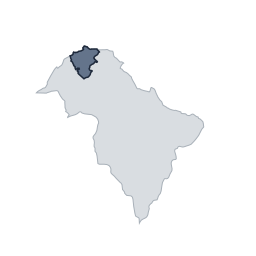 Central African Republic, with Nana-Mambéré highlighted, rotated 68°
{"feature_id": "CAF-804", "entity_name": "Nana-Mambéré", "entity_type": "Prefecture", "adm_level": 1, "iso_a3": "CAF", "parent_name": "Central African Republic", "parent_adm1": "", "projection": "natural_earth1", "projection_center": [15.312, 5.849], "detail": "fine", "context": "in_parent", "style": "filled", "palette": "slate", "viewbox_px": 256, "rotation_deg": 68, "n_neighbors": 0, "source": "natural_earth", "source_scale": "10m", "svg_char_len": 6175}
<svg xmlns="http://www.w3.org/2000/svg" viewBox="0 0 256 256"><g transform="rotate(68 128 128)"><path d="M172.5,94.1L174.6,94.8L175.0,95.5L174.4,97.9L174.8,99.4L176.0,100.7L177.2,101.3L178.3,101.6L182.3,102.4L184.0,103.3L186.2,106.1L188.9,108.7L189.6,110.1L189.5,111.3L188.7,112.8L188.8,113.4L190.1,114.9L191.5,116.5L194.2,118.2L198.8,120.9L200.9,122.7L201.6,124.1L202.8,125.6L204.4,126.9L205.5,128.0L204.8,131.0L205.0,131.9L205.4,132.8L206.4,133.9L206.8,135.4L207.7,137.3L208.9,138.2L210.8,138.5L211.8,139.3L213.8,140.8L215.9,142.1L216.7,143.0L217.3,143.8L217.7,144.7L217.9,145.7L218.0,147.7L218.4,150.1L219.4,151.8L220.5,153.1L216.4,151.7L215.7,151.6L215.0,151.9L212.9,153.7L212.2,153.9L209.5,153.5L203.0,152.1L198.0,150.7L196.4,150.2L193.8,149.8L192.0,150.7L190.3,153.9L189.9,154.5L187.3,155.5L186.0,155.2L183.0,156.1L178.3,154.8L176.7,155.0L175.4,155.7L172.0,157.1L170.0,157.9L167.6,158.7L165.4,159.8L163.8,160.5L162.4,160.5L161.0,159.8L159.6,159.2L157.8,159.1L156.0,159.5L154.5,160.7L153.8,161.6L152.5,164.0L150.9,168.0L150.3,168.7L149.7,169.2L142.4,167.2L139.3,166.7L137.2,167.3L134.5,166.2L133.3,166.1L132.8,166.4L131.3,165.9L128.9,164.6L126.6,164.0L124.5,164.2L123.2,163.8L122.2,162.5L120.9,160.1L118.5,157.7L115.3,155.8L113.3,154.4L112.5,153.4L110.8,152.9L108.2,152.8L105.7,153.7L102.0,156.7L98.7,162.8L96.8,165.1L95.3,165.7L94.9,167.1L95.7,169.5L95.9,172.1L95.4,176.7L95.6,180.0L94.8,179.4L94.0,177.9L93.6,177.6L91.4,178.3L90.3,178.9L89.6,179.5L89.2,179.6L88.5,178.8L87.9,178.6L87.0,178.8L86.1,178.8L85.6,178.6L85.2,178.7L84.1,178.2L80.3,176.9L79.7,176.5L78.9,176.6L76.9,177.7L75.9,178.0L72.7,178.7L69.3,179.0L68.0,179.0L67.1,179.5L66.6,180.2L65.5,184.4L65.2,185.1L65.3,186.2L65.0,189.5L65.1,190.6L61.1,199.8L60.4,198.3L60.0,196.5L59.8,194.4L59.9,193.9L59.6,193.3L59.3,191.6L59.6,190.5L59.4,189.3L58.6,188.2L57.9,187.4L57.4,186.6L57.1,186.3L56.3,186.1L55.3,185.7L50.8,180.3L46.1,174.2L45.1,172.2L44.7,171.1L45.9,171.0L46.2,170.8L46.2,170.2L45.5,168.7L45.1,166.7L44.6,165.5L42.7,163.6L41.0,162.2L40.4,161.5L40.1,160.4L39.4,153.8L39.1,152.0L38.6,151.1L38.2,150.8L38.0,150.3L38.1,149.1L38.3,148.1L38.3,147.7L38.8,146.8L38.8,140.7L38.2,139.8L37.2,139.8L36.6,138.9L36.2,137.8L36.3,137.0L37.3,135.8L38.0,135.3L40.0,134.3L40.5,133.8L40.9,133.2L41.1,132.4L42.3,129.3L44.0,126.2L44.7,125.5L46.5,120.9L46.9,119.8L47.2,118.6L47.7,117.6L49.6,116.1L51.1,113.4L52.6,113.5L54.2,113.9L56.2,114.2L57.8,113.6L58.9,112.6L63.8,110.7L64.2,109.3L64.9,108.5L65.9,107.8L66.2,107.7L66.2,108.2L66.8,109.7L67.9,111.3L69.6,112.9L70.0,112.8L71.1,111.6L73.6,110.8L74.3,110.4L76.1,108.6L78.3,107.4L79.6,107.0L81.8,105.8L83.4,106.0L85.9,105.8L90.2,105.2L93.2,105.0L94.8,104.8L95.2,104.5L95.8,102.8L96.2,102.3L97.4,101.5L99.6,98.8L101.1,96.6L101.6,95.8L101.9,95.7L102.5,94.7L101.9,93.7L99.3,91.7L99.2,91.1L99.4,90.9L100.3,90.1L101.6,89.1L103.0,88.8L106.6,88.9L109.7,88.7L110.4,88.7L112.8,88.2L114.4,87.8L116.1,86.9L119.9,87.0L123.1,84.5L124.0,84.1L124.4,83.7L124.6,83.3L126.0,82.4L127.7,80.4L129.0,78.6L129.4,77.3L132.9,73.0L134.2,73.1L134.8,72.6L136.2,69.7L136.7,69.1L138.1,68.6L138.8,67.8L139.5,66.5L139.4,65.0L139.2,63.7L139.2,63.1L139.5,62.5L140.1,62.0L142.8,60.4L143.5,59.7L143.9,59.0L144.7,58.9L145.5,59.0L146.0,58.5L146.6,57.8L148.5,56.9L150.3,56.2L152.1,56.5L155.4,57.4L156.5,59.5L156.9,60.2L161.1,65.0L161.9,66.2L164.0,69.7L165.2,72.1L166.7,75.5L166.8,77.3L166.7,78.9L166.4,83.4L166.0,84.7L164.2,87.2L164.2,88.3L164.6,89.2L165.1,89.5L165.4,90.0L165.3,92.1L165.9,92.9L167.3,93.5L170.7,93.8L172.5,94.1Z" fill="#d9dde1" stroke="#a8b0b8" stroke-width="1"/><path d="M38.2,135.3L40.3,134.2L40.5,134.0L41.0,133.2L41.2,132.9L41.2,132.7L41.1,132.2L41.5,131.4L43.1,127.2L43.4,127.2L43.7,127.2L44.1,127.2L44.4,127.1L45.4,126.5L46.7,126.0L46.8,126.0L46.9,126.3L46.9,126.5L46.9,126.9L46.9,127.0L47.1,127.2L47.9,128.0L48.3,128.5L48.5,128.9L48.6,129.2L48.7,129.5L48.8,130.2L48.8,130.7L48.8,130.8L48.8,131.0L48.9,131.4L49.0,131.5L49.2,131.8L49.2,132.1L49.6,132.8L49.9,133.2L50.3,133.5L50.5,133.4L50.7,133.2L51.1,133.1L51.5,133.2L51.6,133.3L51.9,133.3L52.1,133.1L52.3,132.9L53.2,132.4L54.2,132.1L54.4,132.0L54.7,131.8L54.7,131.7L54.8,131.7L55.0,131.6L55.2,131.8L55.4,132.1L55.4,132.4L55.2,132.7L54.4,133.5L54.3,133.9L54.3,134.1L54.5,134.4L55.0,135.0L55.3,135.5L55.4,135.9L55.5,136.3L55.5,137.8L55.6,138.1L55.8,138.5L55.8,139.3L55.8,139.5L56.0,139.7L56.5,140.3L57.0,140.5L57.4,140.7L57.8,141.0L58.2,141.6L58.4,141.7L58.5,141.8L58.8,141.8L59.0,141.8L59.3,141.9L59.6,141.9L59.9,141.8L60.2,141.6L60.5,141.4L60.7,141.2L60.8,141.0L61.1,140.2L61.4,139.9L61.6,139.9L61.8,140.0L62.0,140.2L62.1,140.5L62.1,140.8L62.2,141.1L62.5,141.4L62.9,142.0L64.0,142.8L64.6,143.5L64.9,143.8L65.2,144.6L65.5,145.0L65.8,145.6L65.8,146.4L65.5,148.1L65.5,148.5L65.5,148.8L65.7,149.3L65.9,150.4L59.3,153.6L58.8,153.7L58.5,153.8L58.2,153.7L57.8,153.4L57.7,153.2L57.4,153.0L56.9,153.3L56.1,153.7L55.9,153.6L55.7,153.6L55.4,153.0L55.4,152.9L55.4,152.7L55.4,152.4L55.4,152.1L55.2,151.7L55.2,151.1L54.9,151.0L54.5,151.0L54.3,151.1L54.2,151.1L54.2,151.3L54.2,151.5L53.8,152.0L53.7,152.1L53.7,152.3L53.8,152.4L53.9,152.6L53.9,152.8L54.1,154.6L52.9,154.6L52.6,154.5L52.2,154.5L51.6,154.2L51.4,154.1L51.2,154.1L50.2,154.8L49.6,154.9L49.4,154.9L49.1,154.7L48.9,154.7L48.7,154.8L46.2,154.9L45.9,155.0L45.5,155.1L44.9,155.6L44.6,155.8L44.4,155.8L44.2,155.6L43.7,154.9L43.3,154.8L43.1,154.8L42.6,155.0L42.3,155.0L42.0,155.0L40.8,154.8L39.6,154.7L39.4,154.7L39.5,154.0L39.5,153.4L39.5,152.6L39.4,152.2L39.3,151.8L39.1,151.5L38.9,151.2L38.6,151.1L38.0,150.8L37.7,150.6L37.5,150.3L37.4,150.1L37.5,150.1L37.7,149.9L37.8,149.6L37.9,149.3L37.9,149.1L38.0,149.1L38.1,148.8L38.3,148.5L38.3,148.4L38.5,148.3L38.5,148.1L38.5,147.7L38.6,147.4L38.8,146.9L38.8,146.3L38.8,146.1L38.7,145.8L38.5,145.4L38.4,145.2L38.4,144.9L38.5,144.6L38.7,143.9L38.9,143.0L39.0,142.8L38.9,142.4L38.8,140.7L38.6,140.4L38.5,140.0L38.3,139.7L38.2,139.7L37.8,140.0L37.6,140.0L37.1,139.9L36.9,139.9L36.7,139.8L36.5,139.5L36.5,139.2L36.4,138.9L36.2,138.7L35.8,138.3L35.7,138.1L35.6,137.9L35.6,137.7L35.8,137.5L36.0,137.7L36.1,137.4L36.2,137.2L36.3,136.8L36.7,136.4L36.9,136.4L37.3,135.9L37.5,135.6L37.6,135.3L38.2,135.3Z" fill="#64748b" stroke="#1e293b" stroke-width="1.5"/></g></svg>